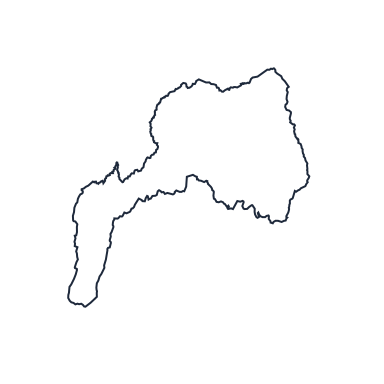 outline of Ban Tak, Tak, Thailand, rotated 198°
{"feature_id": "78962969B53904723449117", "entity_name": "Ban Tak", "entity_type": "district", "adm_level": 2, "iso_a3": "THA", "parent_name": "Thailand", "parent_adm1": "Tak", "projection": "equal_earth", "projection_center": [99.137, 17.16], "detail": "fine", "context": "isolated", "style": "outline", "palette": "slate", "viewbox_px": 384, "rotation_deg": 198, "n_neighbors": 0, "source": "geoboundaries", "source_scale": "gbopen_adm2", "svg_char_len": 6073}
<svg xmlns="http://www.w3.org/2000/svg" viewBox="0 0 384 384"><g transform="rotate(198 192 192)"><path d="M296.3,128.3L295.6,127.7L293.8,127.9L291.1,125.9L290.7,123.2L289.0,118.3L288.7,115.0L290.0,114.2L288.5,111.9L288.4,108.3L287.3,106.8L286.8,104.3L283.9,104.1L283.8,99.7L282.5,98.0L281.1,94.7L279.7,92.6L280.2,89.5L280.2,84.1L279.8,83.5L277.8,83.3L277.3,82.3L277.1,77.7L277.4,72.8L278.3,66.7L279.2,63.9L277.9,58.2L277.8,55.9L277.0,53.0L274.7,50.8L272.7,49.8L270.4,49.9L268.2,49.1L266.4,50.4L264.7,50.4L262.8,51.5L261.0,51.0L259.2,49.8L257.9,50.0L254.3,55.2L250.1,62.9L251.4,66.6L251.7,68.3L252.5,69.4L253.4,71.5L254.3,75.8L253.7,78.9L253.8,83.1L252.9,85.9L251.9,92.8L252.9,95.1L253.0,101.0L254.4,110.4L254.9,111.6L254.6,112.9L253.1,113.9L253.4,118.3L253.7,119.2L255.0,120.0L255.4,120.8L255.5,124.5L256.6,126.9L256.1,129.0L255.9,134.2L256.2,135.2L257.2,136.1L257.8,138.8L257.9,140.2L257.4,141.9L257.7,142.9L254.6,143.7L254.0,144.3L253.0,146.7L251.1,147.0L250.6,147.8L250.0,151.6L247.7,151.5L245.1,153.8L244.7,154.7L244.4,157.5L243.4,158.0L242.5,159.8L242.4,162.3L240.6,169.3L237.3,168.8L236.3,168.0L234.0,168.6L234.1,171.8L233.5,174.4L232.7,174.3L231.0,171.4L230.2,172.4L229.2,172.9L228.4,176.0L225.7,177.1L224.6,178.3L224.8,182.1L223.9,183.5L222.0,183.1L220.8,182.3L219.1,183.2L217.2,181.8L215.1,183.5L209.4,183.8L208.6,184.6L208.1,186.1L208.4,186.7L207.4,188.6L203.7,188.3L202.0,188.9L200.8,190.2L199.6,190.3L199.2,195.3L201.6,204.9L196.4,208.6L193.4,207.9L192.1,208.0L191.2,205.6L190.3,206.0L189.2,205.1L186.9,205.5L183.5,205.2L181.9,207.1L180.8,207.1L180.6,206.1L179.4,205.2L179.3,204.6L175.7,202.8L174.2,201.6L173.3,200.0L172.2,199.8L171.3,198.9L170.5,195.2L169.1,192.4L167.9,192.3L165.6,190.2L163.4,190.5L161.5,192.0L159.3,191.8L158.0,190.8L156.9,190.7L154.1,188.6L153.2,190.2L152.4,189.4L153.0,187.4L152.4,187.0L149.8,188.5L147.8,188.4L146.1,197.4L143.1,197.7L141.1,199.2L140.1,198.9L139.7,198.2L139.8,194.2L137.8,192.1L136.8,192.0L134.3,193.0L133.1,195.3L131.2,197.9L130.5,198.1L127.2,195.5L126.3,192.4L125.1,190.2L122.9,188.0L121.7,187.7L120.7,188.8L121.1,189.8L122.9,192.3L122.6,193.0L121.1,191.2L119.4,190.1L117.2,189.9L114.7,190.7L113.7,192.3L112.0,193.3L111.4,192.8L110.7,190.1L108.3,188.4L107.8,187.2L105.5,187.2L105.2,188.8L103.6,190.5L101.2,191.2L97.5,191.2L95.6,193.0L94.1,193.8L94.0,196.1L93.5,197.1L94.5,197.3L94.8,198.2L94.1,202.2L94.2,204.3L94.4,205.9L95.1,206.9L95.0,208.0L95.5,210.2L95.3,211.1L96.3,214.1L96.0,215.3L94.5,216.7L94.3,217.5L94.5,224.8L93.1,224.4L91.5,226.5L90.4,227.4L89.6,229.2L86.0,232.6L85.8,234.7L85.0,237.1L85.8,237.8L86.0,238.7L85.3,241.5L85.3,243.2L87.8,244.7L88.7,247.7L89.4,248.4L89.3,249.4L90.9,253.0L91.1,254.8L93.8,257.1L95.0,259.2L96.7,260.3L97.2,262.0L98.3,262.9L99.5,265.1L99.9,266.7L101.4,267.9L102.0,269.3L103.5,271.2L106.1,271.6L106.2,272.7L106.8,273.6L106.9,274.4L107.7,274.6L107.6,275.2L108.2,275.5L108.8,275.4L110.8,276.8L111.7,278.8L112.3,278.9L113.7,281.4L113.7,283.3L115.0,284.7L114.7,287.2L115.7,287.9L117.1,287.5L120.2,288.6L120.1,290.1L121.4,291.4L121.9,292.6L122.2,297.3L122.6,298.5L124.9,299.5L127.4,299.3L129.7,301.7L130.0,304.0L129.1,305.3L129.0,307.3L130.8,309.6L131.5,312.6L131.8,316.6L133.3,317.9L133.6,319.5L133.5,320.5L132.5,321.9L137.9,326.0L141.1,327.6L142.9,329.7L147.7,331.0L149.9,332.1L150.4,333.7L152.0,334.9L152.6,334.8L153.7,333.7L155.0,333.7L156.1,332.2L158.2,331.6L165.3,322.0L169.7,319.6L170.8,317.7L171.0,313.9L171.5,313.1L172.5,313.3L174.3,311.9L176.1,311.7L176.1,310.9L176.5,310.6L177.4,310.4L177.8,310.8L178.3,310.1L178.8,310.1L179.0,309.9L178.2,309.2L178.4,308.5L181.3,305.4L183.1,305.2L184.5,304.8L185.3,303.9L187.5,303.5L188.1,302.4L188.1,300.7L188.8,300.6L189.3,301.5L189.7,301.5L192.1,299.0L193.4,297.0L194.5,296.7L196.4,297.6L197.3,297.0L198.5,299.0L199.1,299.3L200.5,298.9L202.3,301.2L204.8,301.2L207.1,300.6L209.3,301.6L212.5,300.5L220.3,301.2L222.3,298.8L222.2,297.9L222.6,295.6L224.7,295.1L224.6,293.9L225.1,292.3L226.6,290.4L228.2,289.6L228.9,290.4L229.8,290.5L230.7,292.6L231.6,293.3L234.0,293.0L235.5,290.5L235.1,289.5L236.0,287.6L237.1,286.9L237.1,286.4L238.9,284.7L239.4,284.8L239.8,282.5L243.7,280.2L244.7,278.2L244.5,277.4L244.8,275.9L246.3,275.6L247.0,274.0L247.3,274.3L247.7,274.0L248.2,272.8L249.1,272.3L249.8,270.9L250.2,270.9L250.0,267.5L250.4,267.2L250.4,266.5L250.8,266.4L251.0,265.1L251.8,264.6L252.0,263.7L251.8,261.1L251.1,259.4L252.2,258.2L252.2,256.6L251.7,256.0L251.4,254.4L250.9,253.9L251.5,252.7L251.3,251.0L252.2,250.7L252.1,250.0L252.7,249.1L252.5,248.7L252.7,246.8L253.7,245.2L252.4,244.1L251.8,241.6L250.4,240.7L250.5,239.3L250.9,238.9L250.2,237.7L250.4,236.6L249.4,235.0L248.6,234.5L248.6,233.8L247.8,232.6L246.6,232.7L245.9,232.2L245.0,229.6L244.4,228.8L243.7,228.7L243.5,227.6L241.7,227.2L240.1,227.7L240.0,226.0L238.6,225.1L238.2,224.3L238.2,222.1L239.1,221.0L238.6,218.5L239.9,217.7L240.1,215.8L241.4,215.1L242.3,213.6L242.1,211.6L242.9,211.1L244.9,211.2L245.3,210.7L245.8,208.2L245.6,206.8L246.4,204.3L245.8,200.5L247.0,198.7L247.1,196.6L249.5,195.0L250.9,196.2L252.8,195.2L253.2,194.2L253.0,191.6L255.1,191.1L255.6,190.0L256.0,187.6L257.5,187.1L257.4,184.9L258.7,184.8L260.0,183.2L260.6,180.2L261.2,179.8L265.1,182.0L265.5,183.3L266.6,184.0L266.8,185.9L267.8,187.0L267.6,187.4L268.3,187.7L268.5,188.4L270.0,189.8L270.1,192.4L270.8,194.0L270.5,194.8L271.6,196.0L272.1,195.8L272.2,196.9L272.7,196.9L272.9,196.4L272.4,194.2L272.8,193.1L272.7,192.1L273.3,191.2L272.3,190.8L272.2,190.2L273.3,189.0L273.0,187.4L274.0,186.7L273.1,185.5L275.3,184.8L275.9,183.9L275.4,182.8L276.1,182.5L276.3,181.8L277.4,181.8L277.6,180.8L278.3,180.4L278.0,178.5L278.5,178.2L278.8,177.1L278.1,175.8L279.0,173.0L280.0,174.7L280.6,174.4L280.8,174.8L281.5,174.2L281.3,173.9L282.1,173.4L282.5,172.5L283.3,172.0L283.5,171.2L283.9,171.5L284.5,170.9L285.6,170.8L286.5,172.2L287.7,171.7L288.0,171.0L289.5,171.3L292.6,166.0L294.5,164.2L296.1,161.8L297.8,160.6L297.6,159.7L296.1,159.0L295.7,157.5L296.1,156.5L297.5,155.2L298.1,152.8L298.4,150.2L297.9,146.6L298.7,145.1L299.0,140.7L298.0,136.4L297.9,132.5L296.3,128.3Z" fill="none" stroke="#1e293b" stroke-width="2"/></g></svg>